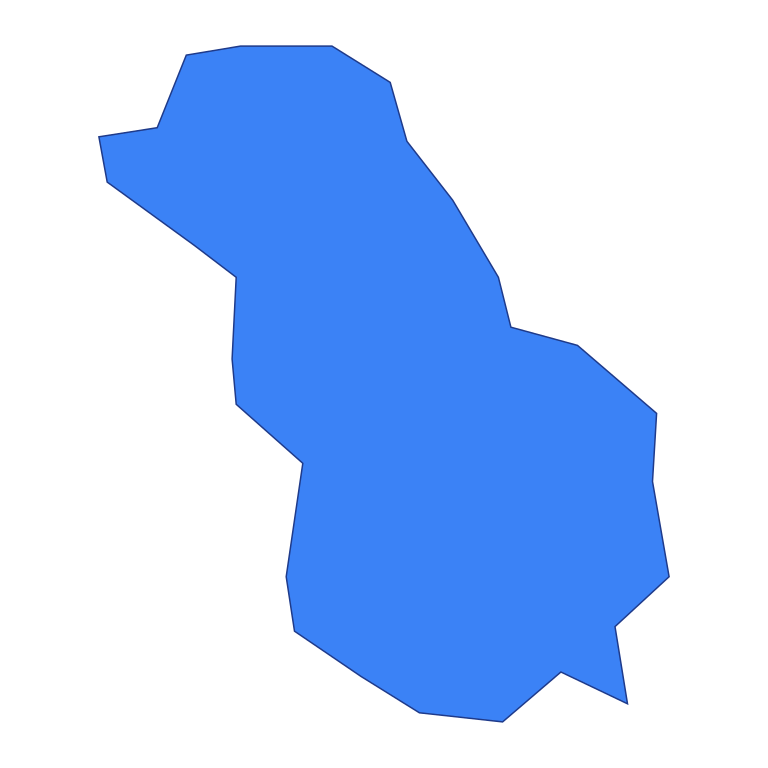 outline of Ergates, Nicosia, Cyprus
{"feature_id": "46923920B33096207211340", "entity_name": "Ergates", "entity_type": "district", "adm_level": 2, "iso_a3": "CYP", "parent_name": "Cyprus", "parent_adm1": "Nicosia", "projection": "equal_earth", "projection_center": [33.23, 35.064], "detail": "fine", "context": "isolated", "style": "filled", "palette": "blue", "viewbox_px": 768, "rotation_deg": 0, "n_neighbors": 0, "source": "geoboundaries", "source_scale": "gbopen_adm2", "svg_char_len": 475}
<svg xmlns="http://www.w3.org/2000/svg" viewBox="0 0 768 768"><path d="M669.1,576.7L652.5,481.5L656.6,413.4L577.5,345.4L510.9,327.2L498.4,277.3L452.7,200.2L406.9,141.3L390.2,82.4L332.0,46.1L240.4,46.1L186.3,55.1L157.2,127.7L98.9,136.8L107.2,182.1L194.6,245.6L236.2,277.3L232.1,359.0L236.2,404.3L302.8,463.3L286.2,576.7L294.5,631.2L361.1,676.5L419.4,712.8L502.6,721.9L560.9,672.0L627.5,703.8L615.0,626.6L669.1,576.7Z" fill="#3b82f6" stroke="#1e3a8a" stroke-width="1.5"/></svg>